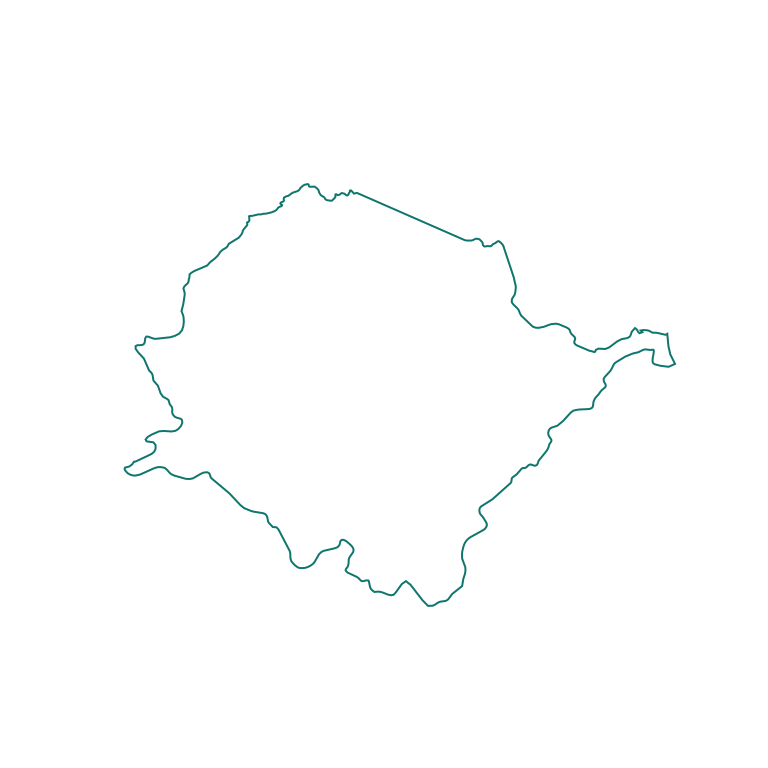 the Prefecture of Haute-Kotto, rotated 236°
{"feature_id": "CAF-866", "entity_name": "Haute-Kotto", "entity_type": "Prefecture", "adm_level": 1, "iso_a3": "CAF", "parent_name": "Central African Republic", "parent_adm1": "", "projection": "robinson", "projection_center": [22.992, 7.358], "detail": "fine", "context": "isolated", "style": "outline", "palette": "teal", "viewbox_px": 768, "rotation_deg": 236, "n_neighbors": 0, "source": "natural_earth", "source_scale": "10m", "svg_char_len": 6166}
<svg xmlns="http://www.w3.org/2000/svg" viewBox="0 0 768 768"><g transform="rotate(236 384 384)"><path d="M459.4,133.3L458.7,134.4L456.0,152.1L456.3,155.5L458.0,158.4L461.2,160.5L464.6,160.2L469.2,155.1L471.3,155.3L472.2,158.3L472.0,163.1L470.5,171.1L468.4,174.9L463.4,181.4L461.8,185.0L461.7,188.4L462.7,192.1L464.6,195.1L467.1,196.4L468.9,196.0L471.8,193.5L473.5,192.4L475.8,191.9L477.9,192.1L479.8,193.1L481.6,194.5L483.2,195.2L487.2,195.1L491.1,196.4L493.1,195.7L497.0,193.7L501.2,193.6L509.0,195.6L515.8,194.8L520.7,197.1L523.1,197.5L526.5,196.8L539.4,199.2L547.5,197.9L552.1,197.8L554.3,199.2L554.1,201.1L551.8,204.8L551.3,206.8L552.2,208.8L555.5,211.7L556.2,213.4L555.3,214.8L550.3,218.5L549.1,220.0L542.2,233.1L540.8,237.8L540.3,242.4L541.5,246.5L544.2,250.0L547.5,252.8L550.8,254.8L552.7,255.7L557.7,256.9L562.3,262.1L569.0,268.3L571.0,269.7L575.4,271.2L576.2,272.4L576.8,274.1L577.2,277.2L577.8,278.6L578.5,279.5L580.0,280.7L581.2,282.3L583.6,284.1L583.9,286.1L583.8,289.8L581.1,303.7L582.2,307.9L582.6,313.5L583.1,316.8L583.9,319.5L585.0,321.9L585.3,323.6L585.5,325.3L585.3,328.7L585.4,330.2L585.7,331.3L586.4,332.4L587.0,333.9L586.5,345.4L587.8,349.7L588.4,350.8L589.9,352.6L590.6,353.9L592.2,359.3L592.7,359.9L594.4,360.8L594.5,361.4L594.2,362.3L594.7,363.7L596.9,365.1L598.5,365.9L598.5,366.3L597.0,369.0L594.9,374.6L593.4,376.8L592.6,379.2L591.2,381.4L589.2,386.7L588.6,389.5L588.4,391.0L588.6,392.8L589.3,394.8L589.4,395.7L588.8,398.4L589.0,399.2L589.4,399.6L591.1,398.9L591.6,399.1L592.0,399.5L592.1,400.2L591.6,402.8L591.9,403.4L592.3,403.8L593.5,404.3L594.4,405.3L594.4,406.3L594.3,407.5L593.6,409.8L593.5,411.1L593.7,413.8L593.6,415.5L592.2,420.4L592.3,422.3L593.2,424.1L593.7,427.3L593.6,429.4L592.5,432.3L591.9,432.9L591.2,432.9L590.0,432.4L589.4,432.5L588.7,433.2L586.7,436.4L586.3,436.9L583.4,437.9L581.3,438.1L579.0,437.3L576.3,437.2L575.6,437.3L572.0,438.9L569.9,438.7L569.0,439.1L568.0,439.8L565.6,442.5L565.1,443.4L565.7,446.6L566.1,448.0L566.9,448.9L568.1,449.5L568.3,449.9L568.1,450.4L566.7,451.2L566.1,451.8L565.8,453.3L566.0,455.1L565.9,455.8L563.9,457.6L561.8,458.2L561.2,458.5L560.8,459.1L560.8,460.3L561.7,461.4L562.5,463.3L563.4,463.9L563.3,464.4L562.7,465.0L558.6,465.6L557.6,468.4L458.1,531.4L456.5,533.0L454.0,536.8L453.6,538.2L453.2,541.0L452.7,542.0L451.3,543.5L450.3,544.1L449.4,544.3L447.1,544.7L445.7,544.6L443.8,543.7L442.4,543.9L441.7,544.3L441.3,545.0L440.6,546.8L438.8,549.0L438.5,549.9L438.5,550.6L439.0,552.6L438.6,554.7L438.7,557.9L438.3,559.0L435.8,559.9L432.3,560.3L400.2,551.3L390.9,547.7L387.1,544.6L384.8,542.0L383.5,538.8L382.8,537.6L381.5,536.4L380.5,535.8L379.1,535.6L377.2,535.8L372.0,536.9L370.0,537.0L366.4,536.2L363.9,536.0L348.4,539.4L346.0,541.1L344.2,543.4L342.1,548.3L340.3,555.7L338.7,558.8L337.6,560.6L335.7,562.4L328.7,567.0L326.7,567.9L325.0,568.1L322.2,567.4L320.7,567.4L316.2,568.3L315.1,568.1L314.2,567.4L312.7,565.4L311.8,564.8L310.0,564.8L308.3,565.4L296.7,572.9L294.9,574.6L292.7,576.4L292.9,577.4L293.8,578.7L293.4,581.6L289.3,587.0L288.4,591.2L288.9,601.3L288.3,606.2L286.0,611.4L285.8,614.3L286.3,615.3L288.8,618.7L290.0,623.4L287.7,624.1L285.2,623.8L283.2,624.3L282.5,627.2L284.8,626.8L283.6,629.3L281.3,632.3L279.5,633.8L277.2,634.8L276.2,635.6L274.0,638.7L267.3,645.0L267.2,646.9L256.4,641.0L248.4,637.9L237.9,636.5L239.1,629.6L244.4,623.5L248.8,619.6L250.2,618.9L251.4,618.8L252.8,619.4L254.9,621.0L259.6,625.5L261.0,626.5L261.9,626.4L263.3,623.8L265.9,620.8L266.9,619.4L267.4,618.0L268.1,612.7L270.2,607.1L271.8,599.4L272.3,588.3L272.0,586.0L269.2,581.0L268.3,579.0L266.3,570.7L265.4,569.0L263.9,568.0L262.1,567.6L260.1,567.5L258.5,566.9L257.6,565.6L257.1,561.1L256.6,559.1L255.6,556.7L254.5,552.2L253.7,550.1L252.0,547.6L248.7,544.8L248.0,543.5L248.0,541.5L248.8,539.6L253.8,531.4L255.1,528.6L256.0,526.0L255.9,522.9L253.2,511.8L252.5,504.7L252.7,503.5L254.1,498.7L254.2,497.4L254.0,496.0L253.4,494.7L251.7,492.8L250.1,492.0L248.7,491.6L244.7,491.6L243.8,491.4L243.1,490.8L242.5,489.8L241.7,487.6L239.6,485.0L238.5,483.3L237.5,481.0L234.0,469.5L232.1,466.9L231.5,465.8L231.5,464.3L231.8,463.5L232.4,462.8L234.9,461.0L235.5,460.2L235.8,459.4L235.7,457.1L235.3,455.4L235.4,454.6L235.6,453.8L236.5,452.5L236.8,451.7L236.8,450.5L234.9,443.6L234.7,438.2L234.1,436.9L231.8,435.0L231.1,433.6L227.8,409.3L228.2,395.9L227.6,394.1L226.3,392.6L223.7,391.3L221.9,391.1L218.2,391.6L211.6,391.3L209.8,390.6L208.5,389.3L207.5,386.8L207.4,384.8L208.7,370.0L208.6,367.6L208.0,364.5L207.1,362.4L205.9,360.4L204.0,358.0L201.2,355.0L198.1,352.7L195.4,351.1L186.8,349.0L184.3,347.6L181.5,345.2L178.0,340.7L172.8,335.8L171.8,323.1L169.6,316.9L169.5,315.4L169.7,313.7L171.9,309.3L172.4,307.8L172.6,305.8L172.5,303.3L173.0,300.2L175.5,296.4L183.2,295.0L202.8,293.7L208.3,291.9L208.2,286.9L204.5,276.9L203.9,274.0L205.0,271.6L207.2,269.5L211.9,266.3L214.1,264.4L215.4,262.6L217.0,259.7L219.4,258.9L221.4,258.6L223.2,258.8L229.1,261.2L230.1,261.0L231.0,259.6L232.3,256.3L233.0,255.4L233.9,254.9L237.5,254.3L239.6,253.4L247.9,248.4L250.1,247.9L251.2,248.1L251.8,248.8L252.9,251.8L253.9,253.1L255.2,254.4L258.2,256.6L259.3,258.0L260.2,259.9L261.8,264.2L263.0,265.7L264.9,266.6L267.7,266.6L271.1,265.9L274.8,264.8L277.3,263.5L278.4,261.8L278.3,260.6L277.8,259.6L276.1,257.9L275.3,256.7L274.8,255.2L274.8,253.7L275.2,251.7L279.3,241.0L279.6,239.8L279.7,238.0L279.2,235.0L275.4,227.2L274.9,225.6L274.6,224.5L274.5,221.1L274.9,218.5L275.6,216.0L276.7,213.9L278.2,211.7L279.3,210.6L280.3,209.9L283.6,208.8L286.2,208.3L288.9,208.1L291.7,208.9L296.4,211.8L298.6,212.5L322.6,215.2L324.4,214.9L325.4,214.6L327.7,211.8L333.3,210.9L334.8,211.0L339.0,212.8L340.1,213.0L342.0,213.0L343.1,212.5L344.4,211.6L351.2,204.4L353.1,202.8L359.2,198.7L364.0,197.2L379.6,194.7L402.4,188.2L403.7,188.2L407.2,189.2L408.6,188.8L409.9,187.8L411.5,184.7L412.0,181.6L412.6,172.8L414.1,169.4L416.5,166.4L425.0,159.2L427.6,157.5L429.7,156.7L434.4,156.1L436.7,155.4L437.5,154.9L439.3,153.2L441.1,150.8L441.9,149.1L442.7,146.4L445.3,131.3L446.3,128.6L447.3,126.4L448.3,125.0L450.7,122.9L453.7,121.5L456.9,121.1L458.3,121.3L459.1,121.8L459.5,122.5L458.0,126.8L458.2,130.3L459.4,133.3Z" fill="none" stroke="#0f766e" stroke-width="2"/></g></svg>